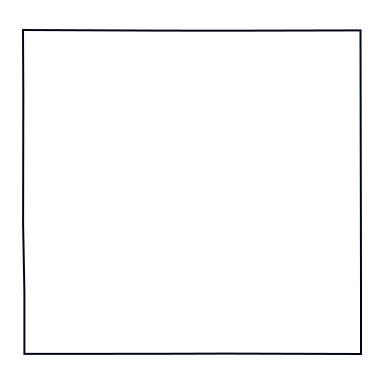 the district of McPherson, Kansas, United States of America
{"feature_id": "52423323B31241610916517", "entity_name": "McPherson", "entity_type": "district", "adm_level": 2, "iso_a3": "USA", "parent_name": "United States of America", "parent_adm1": "Kansas", "projection": "robinson", "projection_center": [-97.687, 38.392], "detail": "fine", "context": "isolated", "style": "outline", "palette": "ink", "viewbox_px": 384, "rotation_deg": 0, "n_neighbors": 0, "source": "geoboundaries", "source_scale": "gbopen_adm2", "svg_char_len": 283}
<svg xmlns="http://www.w3.org/2000/svg" viewBox="0 0 384 384"><path d="M23.0,30.0L23.3,94.7L23.1,224.6L24.4,292.3L24.4,353.9L159.1,353.8L226.2,353.6L361.0,354.0L361.0,289.2L360.9,224.5L360.5,30.4L225.6,30.7L158.1,30.6L23.0,30.0Z" fill="none" stroke="#020617" stroke-width="2"/></svg>